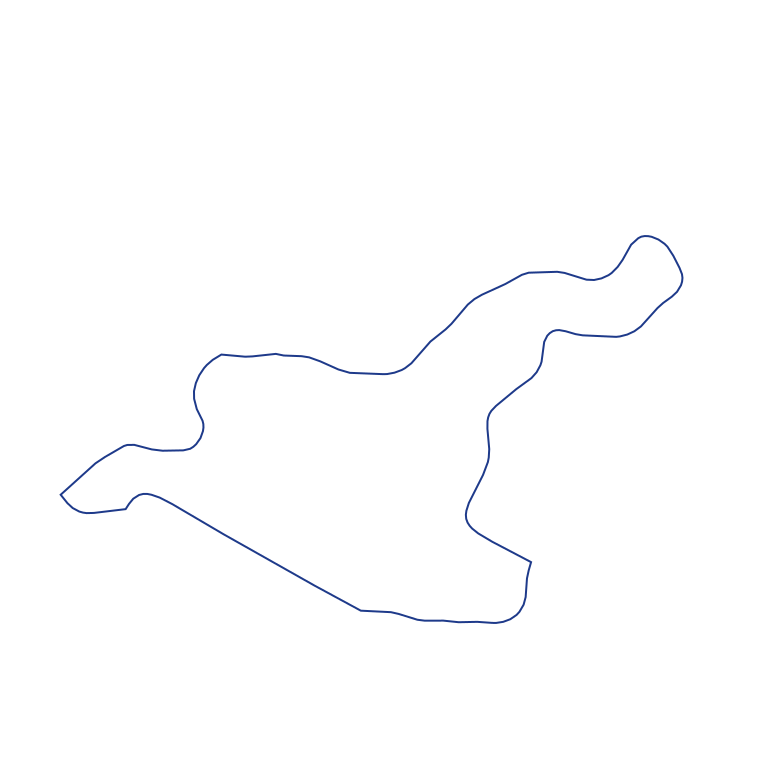 El Peñón, Barahona, Dominican Republic (Robinson projection), rotated 209°
{"feature_id": "3306468B33115506281893", "entity_name": "El Peñón", "entity_type": "district", "adm_level": 2, "iso_a3": "DOM", "parent_name": "Dominican Republic", "parent_adm1": "Barahona", "projection": "robinson", "projection_center": [-71.192, 18.291], "detail": "fine", "context": "isolated", "style": "outline", "palette": "blue", "viewbox_px": 768, "rotation_deg": 209, "n_neighbors": 0, "source": "geoboundaries", "source_scale": "gbopen_adm2", "svg_char_len": 2002}
<svg xmlns="http://www.w3.org/2000/svg" viewBox="0 0 768 768"><g transform="rotate(209 384 384)"><path d="M294.4,174.5L267.3,187.8L259.7,190.0L240.5,194.0L233.5,196.8L217.4,205.8L203.1,211.9L187.1,221.2L173.6,227.5L170.2,229.3L164.4,233.8L159.5,239.5L156.1,246.3L155.1,250.4L154.9,258.7L156.8,266.3L164.7,283.3L167.1,291.2L169.0,299.5L212.8,298.5L229.2,299.0L236.8,300.3L240.3,301.5L243.7,303.3L246.7,305.9L249.0,309.3L250.5,313.1L252.1,321.1L253.3,352.5L255.3,366.1L256.7,370.4L260.4,378.1L271.8,394.9L275.5,401.7L276.7,405.3L277.3,409.1L277.1,412.6L275.4,419.2L265.8,443.7L257.9,460.7L256.2,468.3L256.3,476.2L257.0,479.9L264.3,498.5L264.6,505.4L263.7,508.8L262.0,512.0L259.6,514.4L256.9,516.1L250.7,518.2L240.6,520.5L233.8,522.9L203.8,537.8L200.7,540.0L195.2,545.2L190.6,551.5L187.2,558.9L181.6,583.1L179.1,590.3L174.6,599.9L172.4,606.7L172.1,614.3L172.9,618.0L174.4,621.5L176.6,624.5L181.8,628.8L193.1,636.4L202.7,641.5L206.5,642.6L214.0,643.4L221.3,642.5L224.6,641.4L227.7,639.8L230.4,637.6L232.3,634.8L235.4,625.7L235.5,608.2L236.4,599.7L238.7,591.5L240.4,588.0L245.0,581.8L250.7,576.8L257.5,573.4L279.9,568.7L286.9,566.1L311.4,551.5L316.3,546.4L326.4,530.2L341.6,509.6L346.1,502.1L349.2,494.1L354.2,469.3L356.6,461.6L364.0,443.6L370.1,415.4L373.3,408.0L375.3,404.8L380.3,399.0L386.1,394.2L389.5,392.2L419.3,377.2L430.9,374.6L450.8,372.9L462.4,371.0L469.5,368.4L485.5,360.3L493.2,357.9L512.4,344.4L518.6,340.6L540.5,330.9L545.5,322.1L548.2,314.7L549.1,310.6L549.8,302.1L549.0,293.6L546.7,285.6L542.9,279.0L535.6,271.3L524.9,263.9L522.6,261.4L520.8,258.4L519.5,255.0L518.3,247.7L519.1,240.3L520.3,236.7L522.1,233.4L527.3,228.7L545.3,218.3L555.4,214.2L572.9,209.7L579.0,206.2L581.4,203.7L592.6,185.0L597.9,174.7L613.1,130.4L603.1,126.3L596.2,124.6L588.7,124.7L584.9,125.6L581.5,126.9L575.2,130.6L549.3,149.3L548.9,155.4L547.7,162.1L544.4,168.2L541.3,171.1L537.7,173.1L533.7,174.4L525.1,175.9L511.0,176.3L451.2,174.8L346.9,174.0L294.4,174.5Z" fill="none" stroke="#1e3a8a" stroke-width="2"/></g></svg>